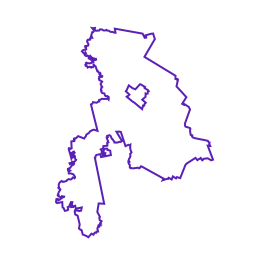 outline of Olaines pag., Olaines, Latvia, rotated 83°
{"feature_id": "27541924B81919348432461", "entity_name": "Olaines pag.", "entity_type": "district", "adm_level": 2, "iso_a3": "LVA", "parent_name": "Latvia", "parent_adm1": "Olaines", "projection": "mercator", "projection_center": [24.014, 56.772], "detail": "fine", "context": "isolated", "style": "outline", "palette": "violet", "viewbox_px": 256, "rotation_deg": 83, "n_neighbors": 0, "source": "geoboundaries", "source_scale": "gbopen_adm2", "svg_char_len": 5910}
<svg xmlns="http://www.w3.org/2000/svg" viewBox="0 0 256 256"><g transform="rotate(83 128 128)"><path d="M134.4,185.9L141.3,186.4L141.8,187.9L141.0,188.4L140.9,188.9L141.8,188.8L141.9,189.4L146.1,188.7L145.8,186.8L146.0,186.2L145.1,185.6L144.8,184.6L146.1,184.0L146.9,185.0L148.1,185.4L148.3,186.3L147.5,186.5L147.8,188.4L151.6,187.9L150.5,187.0L148.4,186.7L148.2,185.4L148.6,185.4L148.5,184.9L149.1,184.5L149.4,184.9L149.3,185.5L149.9,185.8L150.4,185.4L149.9,184.2L152.2,184.2L153.2,183.4L154.2,184.2L154.7,185.2L155.0,186.3L154.7,187.4L155.5,187.3L155.8,190.3L156.8,190.1L156.1,187.6L156.1,186.3L156.4,185.8L157.1,185.9L157.7,186.5L158.6,188.7L160.5,190.2L161.2,192.6L162.2,192.8L162.7,192.7L162.4,191.6L163.3,190.6L163.9,192.1L165.9,192.3L166.2,190.1L167.3,187.9L169.8,186.6L170.9,186.7L171.4,187.2L170.4,188.8L171.9,190.3L172.1,191.0L171.9,192.0L171.5,193.0L172.3,194.8L173.1,195.6L173.6,198.3L173.3,198.6L173.4,199.7L172.5,200.3L172.9,201.2L174.0,202.7L176.1,203.8L178.7,203.7L179.0,204.3L179.6,203.8L179.4,203.4L180.9,202.6L183.0,204.4L185.4,205.6L185.9,205.2L186.3,205.9L187.1,205.5L188.8,203.0L187.6,202.1L188.3,199.7L188.6,199.8L189.1,201.7L189.7,202.4L189.2,203.2L190.6,204.0L191.3,206.0L189.8,206.3L189.8,207.7L192.8,208.5L193.9,207.6L193.5,202.3L198.9,202.6L199.5,201.7L202.5,200.8L202.4,198.6L201.8,197.3L199.2,197.5L199.1,196.3L194.6,193.6L194.8,192.3L197.2,193.0L198.1,192.9L197.8,193.7L199.6,194.1L199.7,192.2L198.9,192.2L198.7,189.9L201.7,189.7L201.2,183.6L204.3,184.6L204.5,186.7L204.0,187.0L203.4,190.8L204.7,191.1L207.4,190.9L208.8,188.7L217.8,187.7L221.8,188.9L223.3,187.5L223.3,187.0L223.8,186.5L228.2,185.9L230.1,182.4L231.6,180.7L228.4,177.1L229.7,175.3L227.9,173.9L228.1,172.3L227.1,172.0L227.1,170.3L224.2,170.7L221.8,169.5L222.6,168.8L222.3,168.4L221.4,168.2L221.2,167.7L220.8,167.9L220.7,167.3L220.4,167.7L220.3,167.4L220.5,167.2L220.3,167.2L220.2,167.4L220.2,167.5L219.5,167.5L219.1,166.5L218.4,166.7L217.3,165.6L216.0,167.3L213.4,167.4L212.8,166.7L207.6,168.7L199.3,166.3L200.3,160.9L153.5,164.5L153.4,164.0L152.3,163.8L150.9,162.7L150.6,158.6L153.6,158.3L152.8,148.3L148.3,148.4L147.2,151.1L146.2,151.0L145.8,151.5L145.8,154.1L147.9,155.0L150.3,155.2L150.2,153.6L151.4,153.9L152.3,156.3L150.9,156.3L149.2,157.1L147.2,156.8L145.9,157.6L145.2,155.1L143.0,154.7L143.0,150.6L140.3,150.5L139.9,149.3L139.0,149.7L138.5,149.4L135.2,150.4L134.6,150.3L134.6,149.2L133.2,149.5L132.9,147.2L133.7,146.3L136.8,145.3L137.3,144.6L140.2,143.3L140.7,142.2L140.9,142.4L141.2,140.3L140.7,138.5L140.9,137.0L140.2,135.6L130.3,139.9L130.5,137.2L131.0,135.6L145.7,132.7L144.7,129.6L145.4,128.6L144.9,127.7L148.1,128.3L150.6,128.1L152.5,127.4L154.1,129.1L155.3,128.9L157.4,129.5L158.6,130.6L160.8,131.6L161.1,130.9L161.8,130.6L162.0,130.8L161.9,131.6L162.4,131.8L163.9,131.4L164.8,130.7L167.4,131.0L167.8,130.5L168.2,130.4L168.2,129.2L168.6,128.5L168.7,127.4L168.6,123.0L169.4,122.0L168.7,120.6L167.6,120.0L167.6,119.5L182.6,98.8L184.1,99.9L183.2,95.4L183.4,94.4L182.4,93.7L184.4,90.9L181.5,89.3L183.9,86.5L182.7,85.4L184.1,82.3L171.5,75.4L170.3,73.8L165.9,64.7L168.4,63.0L167.6,61.8L167.3,60.6L166.6,59.5L169.0,58.4L169.1,57.9L167.8,56.8L167.8,52.6L170.2,49.4L169.8,47.5L155.3,51.0L155.9,48.6L154.6,49.0L154.5,49.5L152.4,48.8L152.1,49.6L150.6,50.2L150.0,51.5L146.2,63.0L145.1,65.0L144.1,65.5L143.1,65.1L142.5,66.6L138.5,66.8L136.1,66.2L135.5,66.6L133.7,70.7L133.1,71.0L131.2,71.1L130.0,70.7L117.2,64.2L114.5,65.1L111.2,69.1L111.9,69.5L110.6,71.3L104.5,66.3L92.6,74.8L87.0,72.8L87.1,73.2L85.4,73.0L85.1,74.9L81.9,74.5L59.4,103.0L43.0,90.5L37.3,91.6L37.3,93.8L38.2,99.2L40.5,98.9L40.5,100.4L36.1,102.0L27.8,129.0L31.9,128.8L31.5,130.4L30.8,131.4L30.5,133.5L29.0,135.4L28.6,137.3L28.0,137.6L28.4,139.0L28.3,140.1L27.6,141.3L27.1,141.7L26.7,143.5L26.7,143.8L27.7,144.6L27.6,147.9L27.3,148.7L26.3,149.0L24.7,148.6L24.7,150.4L24.4,151.4L27.1,149.8L28.6,150.9L28.6,151.9L32.4,153.5L32.4,153.0L34.1,152.5L33.9,154.1L34.5,154.8L35.6,154.7L35.8,155.3L35.5,156.7L35.8,157.0L35.6,157.2L35.8,157.5L37.0,158.1L40.3,157.0L41.3,157.5L41.5,157.9L41.4,160.4L42.1,160.7L42.4,159.8L44.9,159.9L45.0,160.7L44.9,161.6L45.5,163.6L46.2,164.4L48.4,162.9L49.1,162.1L49.0,161.8L47.7,161.1L48.9,160.6L50.2,162.0L51.3,161.2L51.5,160.3L51.0,159.6L51.8,158.4L53.0,158.2L52.8,157.1L51.9,156.6L53.8,155.3L55.5,151.9L55.5,151.4L56.3,151.3L56.9,153.7L56.3,153.5L55.6,153.8L53.6,157.6L53.4,157.5L53.3,158.5L54.1,158.5L55.4,156.6L57.2,154.9L57.3,155.4L58.6,154.7L59.2,158.1L58.7,160.2L58.1,161.3L58.3,161.7L59.2,161.1L60.0,162.6L61.2,162.4L61.7,161.1L63.1,160.7L62.6,159.2L62.5,158.7L62.8,157.7L63.2,157.7L63.6,157.0L63.1,156.3L63.4,155.3L62.6,154.5L61.0,154.5L60.9,154.2L62.0,153.6L62.8,152.7L67.7,151.6L67.7,151.1L68.2,151.1L69.4,150.3L69.6,150.0L69.5,149.4L69.9,148.9L70.4,148.8L70.6,149.6L71.3,149.8L73.4,147.2L74.0,147.4L74.0,148.5L73.7,149.5L73.4,149.8L73.8,150.5L74.6,150.3L75.6,150.5L75.6,150.8L76.8,150.7L78.8,148.0L80.9,149.8L82.8,149.3L83.9,148.7L84.0,149.2L84.8,149.1L85.2,149.8L87.6,150.3L88.0,149.7L89.3,149.9L90.2,149.3L90.8,147.3L93.1,146.8L93.8,146.0L93.7,144.7L94.2,144.1L95.0,144.2L95.1,143.4L96.6,143.5L97.5,143.8L96.5,144.5L96.5,146.3L95.9,150.4L96.7,152.4L96.6,153.2L97.6,153.7L98.2,153.5L98.3,154.5L99.1,156.0L98.1,159.6L98.9,159.9L99.9,161.0L100.1,161.9L127.1,158.6L125.5,162.1L125.6,163.0L125.9,164.2L126.3,164.6L126.5,165.8L128.2,167.4L129.1,169.5L129.9,170.4L130.7,170.6L133.1,172.8L130.0,178.5L132.1,181.3L131.7,182.0L132.0,183.0L132.9,183.1L133.9,182.6L134.5,182.9L134.3,184.6L134.4,185.9ZM96.3,104.4L96.3,105.7L95.9,106.3L99.2,106.8L101.6,110.4L105.1,107.3L106.0,108.5L107.4,109.1L107.3,109.4L108.1,109.9L107.8,110.5L111.0,111.7L103.8,118.4L102.3,120.3L96.8,125.5L96.4,124.9L96.3,124.1L95.0,122.5L91.3,125.7L90.1,124.6L85.8,122.0L89.0,118.7L90.5,116.0L86.0,110.7L86.2,110.2L89.3,106.1L90.1,106.8L90.4,106.7L93.0,103.4L93.8,103.1L93.7,103.6L96.3,104.4Z" fill="none" stroke="#5b21b6" stroke-width="2"/></g></svg>